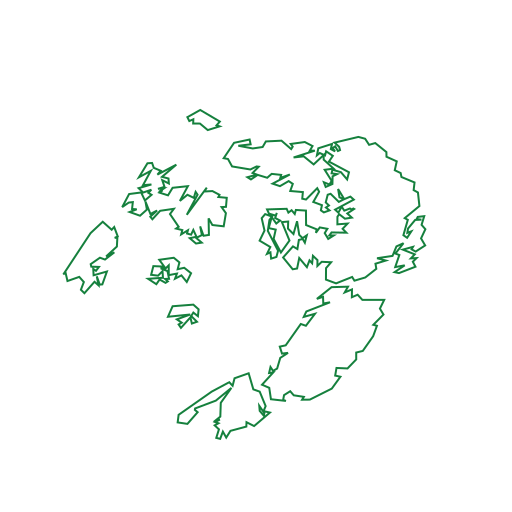 outline of Austevoll nor, Norway, rotated 319°
{"feature_id": "86288312B29393912466053", "entity_name": "Austevoll nor", "entity_type": "district", "adm_level": 2, "iso_a3": "NOR", "parent_name": "Norway", "parent_adm1": "", "projection": "natural_earth1", "projection_center": [5.173, 60.063], "detail": "fine", "context": "isolated", "style": "outline", "palette": "green", "viewbox_px": 512, "rotation_deg": 319, "n_neighbors": 0, "source": "geoboundaries", "source_scale": "gbopen_adm2", "svg_char_len": 6168}
<svg xmlns="http://www.w3.org/2000/svg" viewBox="0 0 512 512"><g transform="rotate(319 256 256)"><path d="M313.7,156.2L295.8,161.0L298.5,164.4L296.7,172.7L308.5,187.0L315.2,188.8L316.6,190.4L307.9,191.1L310.1,195.2L301.2,190.9L302.4,194.9L310.5,195.9L315.8,204.3L321.7,204.3L328.2,211.3L325.6,213.0L335.0,216.7L316.0,212.3L319.9,219.0L329.8,220.9L331.1,225.7L324.5,229.4L333.3,238.5L328.5,243.1L330.8,246.2L346.7,245.0L345.8,248.9L334.7,252.8L339.1,260.9L334.9,264.1L335.8,267.6L341.4,269.8L340.6,265.3L344.2,265.7L343.8,261.3L350.3,256.8L353.1,258.0L354.0,269.5L359.7,270.9L357.5,266.5L361.9,259.3L359.9,271.0L366.2,273.1L366.8,277.6L346.1,272.9L346.6,277.3L353.0,275.0L352.4,279.7L358.1,281.8L358.7,283.7L360.6,284.0L360.9,284.9L352.8,283.8L353.5,289.9L347.6,286.2L346.2,279.0L343.2,279.8L338.2,285.5L346.4,291.6L339.2,292.3L339.5,297.7L328.5,287.8L324.8,288.6L328.1,291.5L321.7,290.5L322.9,283.8L327.7,282.3L322.9,276.3L316.4,277.8L319.3,275.7L314.1,265.5L323.5,254.5L316.3,247.4L312.8,249.7L312.9,244.8L308.9,244.5L310.1,240.5L294.9,228.1L293.6,232.5L297.4,238.5L300.0,237.1L295.4,239.9L297.4,245.0L292.6,244.8L293.4,236.9L283.9,243.3L288.2,249.0L280.5,254.7L277.1,269.7L291.4,266.3L297.8,247.4L302.9,251.1L298.1,256.3L298.7,264.0L309.8,256.7L302.5,268.4L302.9,273.1L307.9,273.7L301.6,278.0L302.4,273.8L298.9,272.0L291.8,277.9L290.2,273.0L275.5,274.9L275.0,290.1L278.8,292.4L287.3,285.9L287.1,297.8L293.5,294.4L293.6,298.3L299.1,293.2L299.7,299.4L295.8,303.8L301.8,303.5L308.6,310.0L300.9,311.1L293.3,319.7L298.5,329.2L314.8,334.9L314.1,339.2L324.4,343.9L338.4,344.6L341.1,340.2L351.0,344.6L345.9,337.1L359.1,345.5L368.3,340.9L375.7,343.1L362.8,345.6L364.8,349.3L353.8,355.7L362.1,360.6L350.0,359.1L352.7,362.7L369.3,368.7L370.6,363.2L375.8,362.9L371.3,359.4L376.9,358.9L371.0,347.5L380.5,352.1L377.8,353.0L379.4,357.4L390.6,359.0L392.1,351.0L401.4,346.9L401.4,341.1L409.1,336.3L403.7,332.6L401.5,333.5L404.7,337.1L399.8,333.2L388.8,335.0L385.4,337.8L389.4,339.3L382.0,341.4L380.9,337.0L394.3,328.3L393.1,325.0L412.1,325.5L419.9,314.3L418.2,309.7L423.9,304.5L417.6,291.8L419.6,288.3L417.0,282.3L424.3,276.9L419.6,266.7L422.6,263.1L420.1,249.0L414.3,246.3L415.3,239.1L411.4,233.3L389.7,222.0L390.4,228.1L388.9,231.2L386.7,230.5L387.7,225.2L384.7,224.8L384.3,228.9L382.6,224.4L386.9,221.3L373.7,215.6L368.0,220.0L371.7,220.1L374.1,225.4L377.6,223.0L379.7,230.8L373.0,232.6L381.1,253.8L375.0,258.0L375.1,248.5L370.3,241.0L367.3,243.2L370.9,247.4L366.1,246.1L360.9,251.8L353.9,249.6L355.6,244.9L358.3,250.2L362.4,248.9L364.4,236.0L371.9,241.0L370.3,227.7L373.2,224.2L359.6,224.7L357.4,212.1L349.0,206.3L369.5,215.1L365.7,211.8L370.8,210.1L367.6,202.0L355.7,194.2L355.4,197.6L352.7,198.4L350.9,185.7L338.6,176.0L332.5,178.1L324.1,172.7L315.0,161.2L325.2,168.2L327.6,163.9L313.7,156.2ZM292.6,329.1L273.8,328.3L279.8,330.8L275.6,336.0L281.5,339.5L257.6,330.9L252.1,333.3L262.6,338.3L247.9,341.4L245.2,336.7L219.8,342.9L214.5,340.0L211.6,346.7L216.6,350.1L207.5,348.8L198.1,354.8L193.5,353.9L194.1,349.3L189.1,352.9L192.6,355.2L176.1,357.1L179.5,364.2L173.3,373.9L183.5,385.0L182.1,382.4L185.9,379.4L193.1,380.5L193.1,385.9L199.7,393.7L196.5,394.7L202.4,399.7L226.2,405.8L240.5,402.5L237.3,398.2L243.3,393.3L251.3,400.9L263.8,399.8L268.3,394.6L274.3,397.7L291.8,393.4L301.5,388.0L299.4,384.9L313.8,383.8L315.0,377.0L324.0,373.2L307.5,358.9L307.3,351.9L301.3,350.0L306.5,344.2L299.1,341.7L305.3,339.5L292.6,329.1ZM234.9,114.8L219.3,119.8L232.5,122.7L217.2,128.4L224.0,133.4L211.9,127.8L212.5,134.1L220.5,137.3L216.2,137.7L217.3,141.3L208.6,141.2L211.0,132.7L200.9,126.0L187.1,131.3L195.0,132.2L198.4,134.5L193.3,139.2L196.6,142.5L189.5,139.9L194.9,149.5L204.1,149.4L208.3,142.4L203.9,155.0L211.2,156.8L202.0,157.0L201.9,160.3L213.3,159.0L225.0,166.5L218.6,167.9L216.8,183.2L213.7,182.9L217.4,188.1L213.7,190.6L221.5,191.9L218.7,193.8L221.0,197.3L225.8,195.2L223.7,202.4L217.7,199.1L218.9,207.2L223.8,210.3L222.7,203.1L228.9,204.7L233.3,197.0L229.7,206.3L234.3,209.2L244.9,196.5L243.4,204.0L251.1,212.4L261.4,203.9L262.1,196.5L265.6,199.2L272.1,192.9L266.3,186.8L268.6,185.9L265.7,178.4L259.3,173.4L263.7,172.1L230.8,179.5L252.1,171.4L252.5,168.0L247.2,171.3L244.4,164.8L234.7,164.5L250.4,158.6L237.8,149.8L229.4,152.5L224.7,144.8L228.6,145.2L224.7,143.9L231.0,144.6L226.1,141.0L232.3,143.8L235.0,137.3L237.8,144.1L240.8,140.1L237.0,134.6L255.8,134.8L235.0,129.9L240.0,129.2L236.7,122.4L238.6,117.6L234.9,114.8ZM93.4,325.1L87.7,330.2L94.1,337.7L109.5,335.6L108.9,332.0L110.0,331.1L130.8,338.8L150.9,339.4L133.1,343.7L123.7,353.8L118.2,353.6L121.4,355.8L116.2,354.4L117.9,357.6L113.7,356.7L114.3,362.5L106.7,367.2L109.0,370.5L115.8,366.8L114.4,373.5L122.0,371.2L136.8,378.4L139.8,375.2L143.0,383.1L163.8,383.3L160.6,378.9L157.1,381.8L157.2,375.3L160.2,371.2L159.4,378.3L164.8,375.6L169.8,360.8L166.5,354.9L173.5,339.7L159.6,334.2L153.2,338.6L153.0,333.7L133.6,329.3L93.4,325.1ZM146.1,130.2L98.5,143.5L101.4,143.5L97.3,151.2L108.9,155.8L109.0,162.7L101.7,166.6L102.1,171.5L117.2,169.5L117.9,174.8L122.5,166.9L119.3,175.1L121.4,176.6L133.3,169.9L120.8,164.0L124.7,159.0L125.5,162.2L130.3,161.2L124.7,156.0L125.9,153.7L137.1,154.9L139.7,159.6L151.5,160.3L142.6,158.0L157.2,157.6L163.3,151.3L161.3,149.6L164.5,150.5L168.0,141.1L164.3,141.5L162.8,129.6L146.1,130.2ZM171.9,196.3L164.5,201.4L169.2,206.6L175.5,206.1L171.5,211.4L159.6,202.4L162.3,211.9L167.8,210.5L170.1,216.9L172.8,217.3L172.3,213.6L175.4,216.2L179.3,209.3L176.3,203.5L177.2,202.4L179.3,206.1L184.0,205.8L177.6,213.2L184.8,217.4L180.0,220.0L187.0,221.7L186.7,230.2L195.7,226.4L194.1,217.8L188.2,214.6L194.0,210.6L192.8,203.4L180.5,195.4L179.8,203.8L171.9,196.3ZM176.8,251.6L160.1,239.2L149.7,244.1L168.0,257.0L154.7,251.9L156.2,257.6L152.7,256.9L152.2,261.0L166.2,259.3L163.3,264.9L168.3,266.9L167.7,258.8L171.6,257.6L172.7,263.3L177.7,258.6L176.8,251.6ZM309.7,109.2L295.3,106.2L294.2,110.4L298.4,111.7L295.5,114.8L300.6,119.3L302.2,129.3L313.6,134.3L312.0,131.5L316.9,130.8L309.7,109.2ZM290.4,230.4L285.1,231.2L279.1,242.4L268.8,246.8L272.7,258.6L265.7,261.6L269.3,262.7L265.7,267.9L270.8,270.1L276.1,266.5L281.4,244.8L289.8,237.6L293.9,236.7L290.4,230.4Z" fill="none" stroke="#15803d" stroke-width="2"/></g></svg>